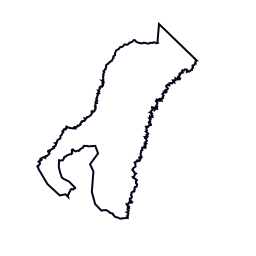 the district of Assis Brasil, Acre, Brazil, rotated 134°
{"feature_id": "56859067B14665514610138", "entity_name": "Assis Brasil", "entity_type": "district", "adm_level": 2, "iso_a3": "BRA", "parent_name": "Brazil", "parent_adm1": "Acre", "projection": "robinson", "projection_center": [-69.972, -10.719], "detail": "fine", "context": "isolated", "style": "outline", "palette": "ink", "viewbox_px": 256, "rotation_deg": 134, "n_neighbors": 0, "source": "geoboundaries", "source_scale": "gbopen_adm2", "svg_char_len": 5925}
<svg xmlns="http://www.w3.org/2000/svg" viewBox="0 0 256 256"><g transform="rotate(134 128 128)"><path d="M94.6,121.4L94.2,121.9L92.7,121.6L92.3,121.9L93.3,122.8L90.2,123.8L89.5,124.3L89.3,126.4L89.0,126.8L88.6,126.7L88.3,125.9L87.5,126.9L86.5,124.2L86.0,123.7L85.8,125.7L85.2,125.6L84.8,125.1L84.7,123.0L83.3,124.3L82.1,123.7L81.8,124.5L80.0,124.8L79.8,126.8L79.3,127.0L78.1,126.7L77.2,127.4L76.5,125.6L75.2,125.4L75.0,126.2L75.3,127.3L74.5,127.5L73.9,126.7L72.6,126.5L71.8,126.8L71.7,129.1L71.4,129.7L69.2,129.6L68.7,127.9L67.1,129.3L66.6,128.6L65.7,128.4L65.3,127.9L65.3,127.3L63.6,127.3L63.2,127.1L63.0,126.5L62.5,127.4L62.8,128.1L62.6,128.8L60.8,127.1L59.3,128.4L59.2,126.6L58.7,126.3L57.5,127.0L57.2,126.7L57.5,124.9L56.7,124.7L56.1,124.9L55.9,127.5L55.2,127.1L53.4,127.7L53.6,128.5L53.0,128.7L50.3,127.2L50.4,128.3L48.7,128.9L48.6,128.3L48.1,127.7L46.5,127.9L45.2,126.4L45.3,125.2L46.3,125.1L46.8,124.6L45.5,124.1L45.2,123.4L44.5,123.0L43.0,123.0L41.8,122.3L40.9,123.2L39.5,123.0L38.7,124.7L38.3,124.9L37.9,124.4L37.3,124.6L36.4,124.1L35.4,124.5L34.7,124.0L33.9,125.3L32.7,125.4L32.2,126.5L31.7,125.9L31.7,177.9L45.9,166.3L46.0,165.7L47.4,166.6L47.7,167.9L48.6,169.1L49.9,169.5L51.3,171.3L52.7,171.6L53.5,172.3L55.5,175.8L56.0,175.8L58.0,177.3L59.8,180.5L60.3,182.5L60.0,183.8L60.7,184.9L62.7,184.8L64.6,185.4L65.4,186.2L67.0,186.0L68.4,186.3L69.0,186.6L69.5,187.7L70.3,188.5L73.4,188.4L75.2,189.8L77.7,189.5L80.3,190.4L83.0,189.4L84.8,187.9L86.5,188.3L87.1,188.0L87.7,187.0L88.3,187.2L91.0,186.3L92.7,187.0L93.2,186.7L95.3,187.2L95.7,186.9L97.5,187.5L98.7,187.0L99.3,185.9L100.7,185.6L101.2,185.0L101.6,185.3L103.0,184.9L104.1,185.1L104.4,183.8L106.7,183.2L107.0,182.1L108.5,181.7L109.8,179.8L111.0,179.4L110.6,179.1L110.9,178.8L111.6,178.7L112.0,179.3L112.0,177.1L112.6,177.1L112.5,177.8L113.6,177.6L113.9,176.0L114.6,175.6L115.3,176.0L115.8,175.4L116.3,175.3L116.3,176.1L118.4,176.7L118.8,175.7L120.6,175.5L121.4,174.4L121.8,175.0L121.9,174.2L123.0,174.1L123.2,172.9L124.7,173.7L124.8,173.0L125.3,172.5L126.7,172.2L127.4,171.4L127.9,171.5L128.3,171.0L128.9,171.2L129.3,170.9L129.7,169.1L131.2,169.7L131.3,168.5L131.6,167.7L132.7,168.6L134.5,167.1L135.1,167.0L134.9,166.3L136.1,165.9L136.1,165.0L137.2,164.4L138.1,164.6L139.3,163.8L140.7,164.3L140.8,165.6L141.3,165.8L141.8,165.4L141.8,164.7L142.2,164.3L144.7,163.6L147.9,164.3L148.8,165.2L150.0,164.6L150.5,164.8L151.2,165.8L151.6,164.5L152.2,164.3L153.4,164.4L154.0,165.2L155.2,165.2L155.1,165.8L155.6,165.9L158.1,165.2L158.3,164.5L160.3,164.8L161.1,165.9L162.2,165.4L163.4,166.2L164.7,165.3L165.1,165.6L164.4,167.0L165.1,167.3L166.4,167.1L168.4,169.8L168.5,170.6L169.6,171.5L169.4,172.6L169.7,173.3L170.3,173.2L172.1,171.7L172.7,172.2L173.0,173.1L174.0,173.2L175.6,171.9L176.0,172.7L177.0,171.6L179.0,170.9L180.6,171.1L182.4,169.4L185.9,170.3L188.1,169.0L189.6,170.0L189.6,168.6L190.0,168.2L191.6,167.7L193.5,168.7L193.7,168.2L193.2,167.6L193.7,167.3L197.5,168.5L198.5,168.2L199.1,169.3L200.2,169.5L200.6,169.0L200.3,168.3L200.6,167.0L201.0,166.7L204.6,166.8L205.5,167.7L206.1,167.7L207.0,166.7L207.7,168.6L210.7,169.5L210.7,168.1L211.3,168.0L212.7,169.1L213.2,168.9L213.1,168.2L213.5,168.1L214.3,168.7L214.7,166.5L217.2,166.1L218.2,166.7L218.8,166.1L218.9,165.1L219.6,164.0L224.3,147.0L223.9,130.2L219.1,126.9L219.2,123.0L217.6,125.0L216.4,124.8L215.4,125.5L213.4,125.8L212.6,126.4L211.1,126.3L210.4,124.8L209.4,124.8L208.0,124.2L207.7,124.5L207.5,133.3L209.4,139.3L209.5,141.3L207.0,146.2L203.9,150.9L199.0,155.2L198.5,154.2L196.5,152.5L194.6,152.9L193.6,153.6L192.5,153.5L191.6,152.8L190.5,153.0L187.7,151.8L186.0,150.5L184.8,150.8L184.8,151.4L183.8,151.9L183.0,153.1L182.5,153.2L181.7,152.8L181.7,150.3L181.0,149.2L179.6,148.7L178.7,147.5L177.9,147.3L177.1,147.7L175.7,147.5L173.5,146.7L171.7,147.4L171.2,147.2L170.9,146.3L169.5,145.3L168.7,143.7L163.6,139.1L167.1,131.9L180.4,130.1L183.3,122.7L199.1,109.6L205.5,98.9L205.9,89.8L202.7,87.2L201.9,86.0L201.9,84.7L201.3,83.2L201.6,82.0L200.1,79.5L200.7,78.6L200.8,75.0L199.8,73.8L198.7,71.0L197.4,69.4L196.7,69.2L195.2,67.7L194.1,67.2L193.0,65.6L192.1,66.3L191.9,67.5L191.3,67.8L190.5,67.5L189.0,68.6L189.4,70.2L188.4,69.7L187.0,70.1L187.1,71.6L186.7,72.0L184.9,71.4L184.3,72.1L185.3,72.1L185.6,72.5L183.8,74.4L184.1,75.6L183.8,76.1L183.3,75.3L182.6,75.0L181.4,75.6L180.4,74.7L179.7,75.6L179.3,75.2L179.0,73.4L178.4,73.4L178.4,76.8L177.6,77.6L177.1,77.7L176.4,76.8L175.0,77.2L174.5,77.8L174.3,79.2L173.0,79.6L172.1,80.6L170.8,80.5L169.4,79.4L168.9,79.5L168.6,80.4L167.4,80.5L166.7,81.7L165.6,82.0L164.4,81.1L162.5,82.0L162.1,82.4L162.3,83.7L160.7,85.5L160.2,85.7L159.7,85.2L159.3,85.5L159.6,87.9L160.2,89.1L160.0,90.5L158.8,89.8L157.6,90.5L155.2,90.6L155.8,91.8L155.3,93.0L155.2,95.6L154.7,96.1L154.1,95.8L153.0,96.3L150.5,95.8L148.4,98.2L148.2,99.3L146.1,98.4L145.4,99.1L144.7,98.8L144.3,97.2L143.6,96.8L143.0,96.9L141.4,99.5L140.6,99.2L140.6,97.7L139.5,97.9L138.3,100.7L136.1,101.9L135.2,102.8L134.5,102.8L133.9,102.3L132.4,104.1L131.7,103.9L130.2,101.7L129.4,102.1L129.1,102.8L129.6,103.6L129.1,104.1L128.2,103.6L127.6,103.7L127.4,105.1L126.4,104.3L126.3,105.4L126.0,105.8L124.2,105.5L123.3,107.3L123.4,108.7L122.5,108.7L122.1,109.2L120.6,108.2L120.1,109.9L118.8,109.2L118.0,109.6L118.2,112.8L116.6,112.7L116.0,114.1L115.3,114.4L114.6,116.0L113.6,115.3L113.6,114.5L112.7,114.3L111.3,114.7L110.0,113.6L109.4,113.9L109.8,116.4L109.5,116.9L109.0,116.8L108.9,116.3L108.3,116.3L108.6,117.1L107.6,117.1L106.9,117.9L106.3,117.8L106.2,119.0L105.8,118.5L105.2,118.7L105.1,119.7L104.4,120.3L104.0,118.6L103.1,118.1L103.0,118.9L102.2,118.9L102.2,119.7L101.1,120.5L101.7,121.5L100.9,121.8L101.4,123.0L100.3,122.6L99.7,123.1L98.9,123.2L97.7,122.7L96.7,123.8L96.9,124.8L96.4,125.1L96.3,124.2L95.7,124.2L95.3,123.7L95.4,123.0L94.8,122.0L95.7,121.4L94.6,121.4ZM94.6,121.4L94.0,120.4L93.7,120.8L94.0,121.2L94.6,121.4ZM122.5,108.7L122.5,107.9L122.0,107.9L122.5,108.7Z" fill="none" stroke="#020617" stroke-width="2"/></g></svg>